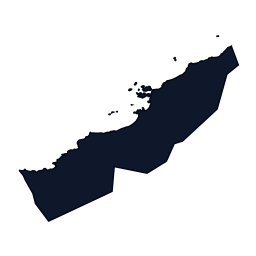 Central Bougainville District, North Solomons, Papua New Guinea, rotated 275°
{"feature_id": "67681753B39357341288048", "entity_name": "Central Bougainville District", "entity_type": "district", "adm_level": 2, "iso_a3": "PNG", "parent_name": "Papua New Guinea", "parent_adm1": "North Solomons", "projection": "equal_earth", "projection_center": [155.551, -6.136], "detail": "fine", "context": "isolated", "style": "filled", "palette": "ink", "viewbox_px": 256, "rotation_deg": 275, "n_neighbors": 0, "source": "geoboundaries", "source_scale": "gbopen_adm2", "svg_char_len": 5883}
<svg xmlns="http://www.w3.org/2000/svg" viewBox="0 0 256 256"><g transform="rotate(275 128 128)"><path d="M218.5,223.8L217.8,222.8L217.0,221.0L216.5,220.3L214.1,218.6L212.4,217.1L210.7,216.0L210.3,215.6L209.8,214.5L209.6,214.6L209.9,215.4L209.8,216.4L209.7,215.9L209.1,214.3L208.4,213.9L207.3,212.8L206.6,211.7L206.3,210.9L205.5,207.0L205.8,205.8L205.8,205.1L205.6,204.8L205.2,204.6L204.9,204.0L204.9,203.0L204.5,202.3L204.0,202.1L203.4,202.0L203.1,201.8L202.9,201.2L202.8,200.5L202.6,199.9L201.2,197.4L201.1,197.1L201.3,196.3L201.3,195.7L200.9,194.5L200.6,194.0L199.8,193.4L199.2,192.4L198.5,190.5L197.8,187.9L197.7,186.5L197.9,185.7L198.2,185.2L197.4,183.8L197.1,183.4L196.7,183.2L196.0,183.2L195.6,182.9L194.1,182.8L193.3,182.5L192.6,181.5L192.1,181.2L189.8,180.8L189.0,180.4L186.4,178.1L185.0,176.1L184.9,175.3L183.1,173.0L181.3,170.1L179.9,167.4L178.6,164.0L178.6,163.6L178.2,162.7L177.9,162.3L177.3,162.1L176.8,161.6L176.1,160.1L175.5,159.2L174.5,159.2L173.3,158.2L172.8,158.2L172.1,158.5L171.6,158.4L171.0,157.9L170.5,157.1L169.5,155.9L169.1,154.4L168.7,151.8L168.3,149.6L168.0,149.1L167.6,148.8L167.1,149.0L165.8,148.4L165.0,148.7L164.7,148.2L163.9,148.1L163.4,147.5L163.3,147.1L164.0,145.8L163.9,145.3L163.1,143.5L163.1,142.8L163.2,142.4L163.4,142.0L164.1,141.8L164.2,141.3L164.2,140.8L164.1,140.7L163.7,140.8L163.3,140.8L163.0,140.4L162.8,138.3L162.9,137.9L163.2,137.9L163.7,138.3L164.1,137.8L164.1,137.5L163.7,136.5L162.6,135.1L162.4,134.9L162.2,134.9L162.0,135.1L161.8,136.6L161.5,137.0L161.2,137.0L161.0,136.6L160.3,135.2L160.1,135.3L160.1,136.1L159.8,137.5L160.1,138.3L160.0,138.6L159.7,139.0L159.3,139.3L159.2,139.6L159.6,140.3L159.9,140.9L160.4,141.7L160.7,142.4L161.9,143.7L162.0,144.5L161.5,145.5L161.1,145.5L161.0,146.3L161.3,146.7L161.6,146.8L161.7,147.2L161.7,147.6L161.2,148.4L160.9,148.5L160.5,148.0L159.8,147.8L158.9,147.3L157.3,147.5L156.8,146.9L156.2,145.6L155.8,145.6L155.2,146.1L155.2,146.9L155.4,147.4L155.4,147.8L155.2,148.2L154.8,148.7L154.4,148.9L153.5,148.8L152.8,148.3L152.2,148.1L151.3,148.0L149.3,147.0L147.9,145.9L147.4,145.3L146.8,144.0L146.6,143.0L146.8,142.7L147.3,142.6L148.9,141.8L149.2,141.6L149.4,141.2L149.4,140.9L149.2,140.7L148.8,141.2L148.4,141.3L146.7,140.7L146.5,140.3L146.3,139.3L146.6,139.0L147.0,138.9L147.2,138.7L147.1,138.3L146.7,137.7L146.6,137.1L146.8,136.3L146.4,135.9L145.1,135.4L144.6,135.0L144.2,134.4L144.4,133.0L144.3,132.8L143.6,132.5L143.4,132.7L143.7,133.7L143.7,134.6L143.1,135.4L143.1,135.8L143.2,136.1L143.4,136.8L143.0,137.4L141.2,137.8L139.8,137.7L139.3,137.4L135.7,135.7L135.1,135.2L132.0,132.2L130.1,129.6L129.4,128.5L129.0,127.6L128.9,126.6L128.5,125.7L127.6,124.0L126.9,122.0L124.2,117.6L123.6,116.9L123.5,116.1L123.9,115.2L123.7,113.6L123.1,112.4L123.1,111.3L122.2,110.0L121.9,109.1L121.9,108.2L121.6,107.0L120.7,105.0L120.4,104.0L120.4,103.3L120.7,101.9L120.7,101.4L120.3,99.7L120.0,97.1L120.0,95.0L119.8,92.8L119.8,92.1L119.9,91.5L120.3,90.8L120.1,90.6L118.4,90.4L117.4,90.0L116.3,89.2L115.9,88.7L115.7,88.3L115.7,87.9L115.5,87.1L115.0,86.6L113.9,86.4L113.5,86.1L113.1,85.5L112.8,84.8L112.5,83.2L112.3,82.6L112.0,81.9L111.8,80.8L110.9,79.8L110.1,79.2L108.9,78.9L108.0,79.0L106.5,80.0L105.6,80.0L105.1,80.5L104.2,80.8L103.7,80.8L102.8,80.0L102.0,77.9L102.0,77.0L102.1,76.6L102.1,76.2L101.6,75.9L101.1,75.2L101.1,72.9L100.8,72.4L100.3,71.3L99.8,70.5L99.3,70.1L97.7,70.3L97.0,69.1L96.6,67.0L96.0,65.9L96.0,65.0L95.9,64.8L95.5,65.3L95.4,65.7L96.1,66.8L96.2,67.3L96.1,67.5L95.9,67.3L95.0,66.1L95.0,65.6L95.1,65.4L94.9,65.0L94.4,65.0L94.2,64.9L93.2,63.7L92.3,63.3L90.9,61.9L90.4,60.6L90.1,60.2L89.7,60.1L88.8,60.6L88.3,60.6L87.5,60.0L87.6,59.3L87.0,58.0L86.9,57.2L86.7,56.7L86.3,56.2L86.1,56.3L85.7,57.6L85.4,58.3L84.6,59.1L83.9,59.3L83.5,59.9L82.7,59.5L82.2,58.7L81.5,58.1L81.2,57.6L80.6,57.1L80.4,55.9L80.0,55.1L80.2,54.2L79.8,53.7L78.9,52.0L79.0,51.1L80.3,49.2L80.4,48.8L80.3,48.4L79.8,47.6L78.7,47.0L78.5,46.7L78.0,45.3L77.9,44.3L77.3,42.4L76.6,42.0L75.9,41.0L76.3,39.8L77.0,38.9L77.1,38.5L77.1,37.0L77.0,36.6L76.4,35.8L76.4,35.4L76.0,34.3L76.0,33.8L76.2,33.0L76.8,29.7L77.7,29.1L77.7,28.7L77.2,28.6L76.5,27.6L76.3,27.0L76.1,25.4L76.1,24.9L76.4,24.0L76.4,23.8L76.3,23.6L75.9,23.7L75.6,24.2L75.2,24.4L71.5,28.0L67.4,30.2L54.6,39.0L44.7,42.5L28.4,57.1L63.5,117.6L88.4,117.6L84.7,150.9L98.3,169.1L116.5,175.4L119.7,183.4L154.7,215.1L190.2,221.8L200.4,232.4L217.8,224.1L217.2,223.5L217.6,223.5L217.8,223.8L218.1,223.8L218.5,223.8ZM169.1,140.2L168.8,139.9L167.5,139.2L167.4,139.3L167.4,140.3L167.2,140.6L166.5,140.2L166.3,140.4L166.4,140.9L166.3,142.7L166.8,143.3L167.4,144.9L167.4,146.6L167.9,147.4L168.7,147.8L169.1,147.7L169.9,146.8L170.5,146.7L170.9,146.5L171.2,146.1L171.3,145.7L171.2,145.0L170.9,144.7L170.5,144.2L170.5,142.9L170.0,142.0L169.5,141.6L169.2,141.1L169.1,140.2ZM167.0,128.2L167.1,127.9L167.0,126.5L166.7,126.1L166.2,125.6L165.6,125.6L165.4,126.3L165.8,127.1L166.1,127.4L166.4,128.0L167.0,128.2ZM171.3,140.2L171.3,139.2L170.8,138.3L170.2,137.8L169.6,138.5L169.5,139.2L169.9,139.6L170.5,139.8L170.9,140.4L171.1,140.5L171.3,140.2ZM173.9,132.4L173.9,131.8L173.2,131.3L172.2,131.0L172.0,130.8L171.6,131.0L171.8,131.6L172.5,132.2L173.5,132.6L173.9,132.4ZM202.2,168.9L202.2,168.7L201.6,167.8L201.2,167.8L201.1,168.0L201.4,168.7L202.0,169.0L202.2,168.9ZM227.6,210.0L227.6,209.5L227.2,208.7L227.0,208.8L227.1,209.7L227.4,210.1L227.6,210.0ZM142.6,111.0L142.4,110.7L141.8,110.5L142.5,111.9L142.6,111.0ZM200.1,169.7L200.3,169.4L200.3,169.2L200.1,169.0L199.6,169.0L199.4,169.4L199.7,169.7L200.1,169.7ZM163.4,134.4L163.8,134.0L163.8,133.8L163.0,133.8L162.9,134.2L163.2,134.5L163.4,134.4ZM140.2,108.2L140.0,107.8L139.7,108.1L139.8,108.8L140.2,109.0L140.2,108.2ZM167.4,135.7L167.5,135.3L167.3,135.2L166.6,135.2L166.5,135.4L166.7,135.6L167.4,135.7ZM143.5,115.6L143.0,114.9L143.4,116.5L143.5,115.6ZM151.5,129.4L151.0,128.9L151.4,129.9L151.5,129.4Z" fill="#0f172a" stroke="#020617" stroke-width="1.5"/></g></svg>